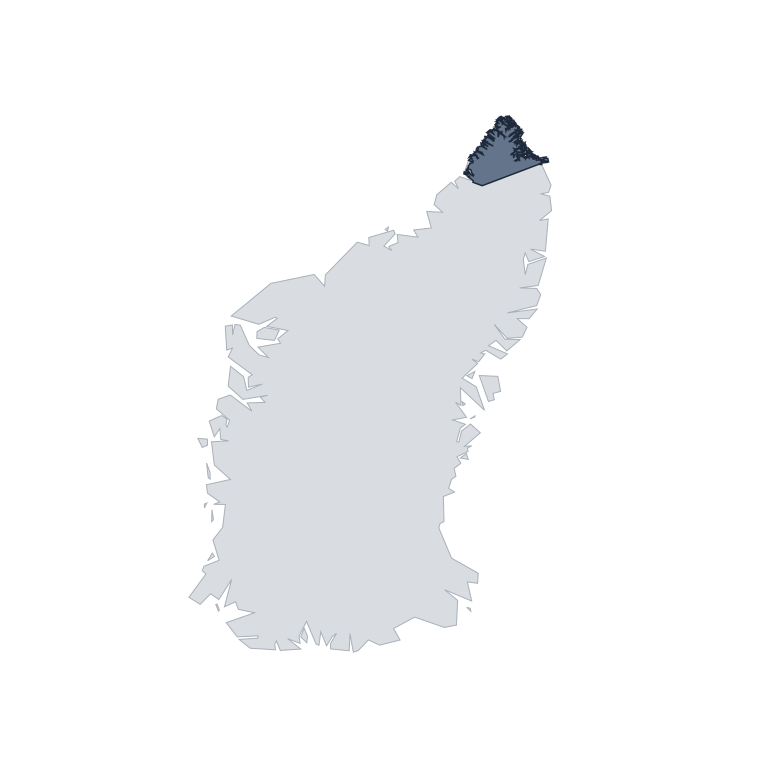 location of Kommune Kujalleq within Greenland, rotated 203°
{"feature_id": "GRL-2740", "entity_name": "Kommune Kujalleq", "entity_type": "state/province", "adm_level": 1, "iso_a3": "GRL", "parent_name": "Greenland", "parent_adm1": "", "projection": "orthographic", "projection_center": [-44.745, 61.276], "detail": "fine", "context": "in_parent", "style": "filled", "palette": "slate", "viewbox_px": 768, "rotation_deg": 203, "n_neighbors": 0, "source": "natural_earth", "source_scale": "10m", "svg_char_len": 9875}
<svg xmlns="http://www.w3.org/2000/svg" viewBox="0 0 768 768"><g transform="rotate(203 384 384)"><path d="M403.9,88.5L417.6,92.3L400.9,100.7L401.4,103.0L420.3,93.9L436.0,102.7L413.8,122.8L430.0,119.7L435.5,125.5L443.8,116.6L447.9,144.7L451.8,121.1L461.7,123.1L467.1,109.4L480.2,111.4L473.7,139.5L478.4,141.2L478.5,145.9L466.9,157.3L480.5,173.6L476.5,188.9L482.9,211.2L493.8,206.7L489.0,211.2L503.9,214.6L508.1,221.9L488.1,236.1L508.5,243.1L520.2,263.4L504.8,271.0L512.6,269.2L517.7,278.9L519.6,269.1L530.4,281.6L521.2,291.5L514.7,290.4L513.6,284.5L511.5,283.1L511.9,290.3L528.6,295.6L530.7,305.1L521.2,313.8L495.0,307.3L502.5,313.1L486.3,320.6L492.8,323.6L486.5,328.2L507.9,314.7L526.6,321.2L532.2,340.3L516.1,335.9L507.7,324.5L496.0,336.4L507.5,328.1L511.6,337.1L508.9,341.0L538.0,348.1L537.5,357.9L542.0,353.7L552.7,375.2L546.6,379.1L542.6,370.0L544.4,380.6L539.3,382.0L523.2,367.0L510.3,361.9L500.8,363.2L514.4,368.7L495.1,381.1L499.5,384.0L493.3,395.7L514.4,391.3L507.9,402.7L510.2,403.0L522.6,390.0L551.2,386.9L527.4,432.5L491.1,457.5L476.8,450.8L480.6,461.5L464.0,504.1L451.7,505.7L455.2,512.9L435.2,529.3L432.4,526.6L438.0,510.9L429.0,509.9L433.4,512.5L426.3,519.6L430.3,526.8L410.2,532.4L416.8,537.4L401.4,546.1L412.1,559.5L397.1,565.0L407.9,568.6L409.3,578.8L400.9,596.0L391.7,592.7L398.1,598.4L395.3,604.5L383.3,605.3L392.6,608.9L393.8,626.8L388.3,630.5L391.5,631.3L383.6,660.8L372.7,659.2L382.9,672.5L373.1,678.9L366.7,676.3L369.0,667.4L354.5,669.2L362.3,657.5L346.3,658.6L348.8,643.4L320.1,653.8L325.4,648.3L307.9,632.3L307.4,624.6L314.2,620.3L304.7,621.7L297.5,609.1L304.7,595.2L297.4,600.2L287.3,569.3L302.0,565.4L286.1,564.1L298.4,553.3L305.2,559.7L304.5,553.2L296.7,539.9L298.3,550.3L283.8,563.5L280.6,534.9L296.8,525.4L280.8,531.6L274.6,527.4L274.1,515.8L298.3,497.6L272.3,512.9L276.0,500.8L286.9,496.3L274.5,492.1L275.0,481.2L288.4,474.2L305.9,482.0L290.3,472.5L276.1,478.0L283.9,462.4L297.9,467.9L302.8,460.1L282.1,459.9L286.3,452.5L303.7,454.8L307.2,450.3L303.0,451.1L305.5,441.6L312.7,441.2L305.8,439.6L314.4,419.9L298.0,417.4L281.2,399.1L312.2,410.4L304.8,394.3L311.0,395.2L295.0,385.6L306.8,377.7L293.3,378.7L296.5,373.3L294.6,359.2L292.3,360.0L294.3,370.9L288.7,381.0L276.3,376.7L285.6,358.0L279.2,361.4L282.1,357.5L280.3,354.7L288.5,345.5L282.3,341.1L286.5,333.8L281.8,327.2L284.6,322.6L283.7,313.2L276.9,312.1L285.4,303.6L275.0,280.8L277.9,277.6L277.3,272.9L253.8,250.1L223.3,246.6L220.0,237.1L229.9,234.4L218.5,218.5L247.7,218.3L231.7,213.6L223.1,190.4L233.3,183.5L264.7,181.4L279.7,162.7L269.2,154.6L285.9,142.0L298.4,142.3L303.6,128.5L307.5,125.2L317.8,141.0L311.8,124.8L329.7,119.3L331.8,124.0L330.3,136.0L332.9,131.2L334.6,120.6L345.4,131.3L341.8,118.1L345.0,118.1L362.5,135.2L363.8,118.9L359.9,112.4L373.2,112.0L357.1,107.5L375.3,98.2L382.7,105.5L382.9,101.6L379.9,97.0L403.9,88.5ZM281.0,408.7L299.6,429.0L282.2,435.5L273.8,422.8L279.9,418.0L276.3,412.6L281.0,408.7ZM518.9,376.3L521.3,382.6L516.3,389.3L501.5,392.6L501.8,381.4L518.9,376.3ZM362.0,128.0L355.7,121.7L354.0,115.7L361.9,118.7L362.0,128.0ZM477.3,152.4L476.0,161.2L472.7,159.1L477.3,152.4ZM526.5,254.6L534.1,261.2L525.0,264.3L522.6,258.7L526.5,254.6ZM516.4,241.9L509.5,234.4L506.8,228.5L509.1,228.9L516.4,241.9ZM284.9,345.7L281.0,352.1L277.0,347.5L284.9,345.7ZM452.7,115.3L451.7,116.2L447.2,111.6L447.6,110.2L452.7,115.3ZM310.9,424.0L305.3,431.0L305.1,423.3L310.9,424.0ZM488.9,190.0L493.2,201.1L488.0,192.5L488.9,190.0ZM220.6,210.8L216.8,211.2L215.3,208.7L220.6,210.8ZM291.2,385.4L287.8,390.3L287.5,389.2L291.2,385.4ZM502.4,203.3L500.5,205.2L500.9,199.9L502.4,203.3ZM344.6,650.3L342.2,657.4L337.3,654.2L344.6,650.3ZM305.2,398.2L301.6,397.5L301.5,396.6L303.1,395.0L305.2,398.2ZM443.3,526.6L441.3,530.2L440.4,526.1L443.3,526.6Z" fill="#d9dde1" stroke="#a8b0b8" stroke-width="1"/><path d="M380.9,604.4L381.3,605.9L385.8,607.3L386.5,608.6L387.2,607.5L389.9,608.9L390.7,610.5L390.4,611.3L388.0,609.7L388.9,611.3L388.0,611.2L390.2,612.8L391.6,612.2L391.4,613.6L392.7,613.4L390.6,613.8L385.9,610.7L383.1,610.3L383.1,611.5L385.6,612.5L387.5,614.9L391.6,615.3L390.9,616.5L391.7,617.5L391.0,619.5L391.2,620.7L388.8,622.4L390.0,623.0L388.5,624.6L391.1,622.8L393.6,623.0L392.6,625.2L390.1,625.3L392.9,626.5L391.2,629.4L388.2,630.0L386.0,628.0L384.9,629.3L386.1,628.8L388.2,630.9L392.3,630.5L390.6,631.3L391.5,632.8L390.0,632.5L390.9,633.2L389.8,633.0L390.2,634.4L382.4,633.8L384.3,635.4L389.2,635.1L388.9,636.4L389.4,637.6L389.8,637.7L390.5,637.4L390.6,638.4L387.4,640.8L388.1,641.2L380.6,640.2L386.4,641.6L384.8,642.6L387.8,642.1L388.9,643.7L386.6,644.1L384.8,643.3L384.2,643.6L381.5,643.3L381.5,643.5L387.3,644.9L388.3,646.1L376.3,645.7L383.9,646.7L383.6,647.4L387.4,647.2L386.6,647.7L388.0,648.7L386.2,648.4L386.3,649.9L387.2,650.4L383.6,651.8L378.0,650.4L378.0,651.2L386.4,653.6L377.4,653.0L386.8,655.4L384.9,657.6L380.6,657.0L381.1,657.5L385.3,658.3L385.0,657.8L387.2,656.5L386.2,658.5L382.3,658.7L386.2,659.3L382.3,660.3L383.6,661.2L380.4,660.1L382.4,662.0L381.4,662.2L377.4,660.4L375.5,655.9L375.4,657.2L376.4,660.1L370.7,659.3L369.6,657.8L369.7,659.0L369.2,659.1L373.6,660.6L374.2,663.1L374.3,661.7L375.1,661.0L380.2,662.8L376.9,666.5L378.6,665.2L379.8,665.7L379.3,664.6L379.7,664.3L382.0,664.0L381.6,664.3L382.2,665.1L379.8,664.7L383.0,666.2L382.1,667.1L383.1,667.9L381.5,667.6L380.2,668.7L382.8,669.1L382.3,669.3L383.0,670.1L381.8,669.8L381.7,670.7L382.9,670.8L383.3,671.6L382.8,672.0L377.0,670.7L376.5,669.4L376.1,670.3L371.9,669.5L369.7,669.9L369.8,668.7L371.9,666.5L370.5,664.5L370.6,667.1L369.8,667.9L368.3,665.9L369.0,668.4L367.8,668.3L368.5,669.5L366.1,670.6L364.4,674.6L363.4,673.9L363.5,671.6L362.9,674.1L361.7,673.9L360.7,671.4L361.2,670.6L360.2,671.7L361.2,673.8L359.6,673.3L359.9,672.5L359.0,671.7L357.1,672.1L358.2,670.4L362.3,669.2L361.3,668.8L365.2,662.9L365.9,660.0L361.0,667.3L360.8,668.7L358.2,669.3L357.1,670.9L356.6,670.7L357.3,669.7L356.7,669.9L356.9,668.9L360.2,666.1L360.0,665.1L361.2,662.3L359.9,662.4L362.0,659.7L362.1,657.8L363.9,655.7L361.8,657.0L361.1,659.5L359.3,661.9L356.6,663.2L355.8,662.6L356.1,661.6L358.5,657.6L356.6,658.3L356.5,659.8L353.1,661.8L354.7,658.9L357.8,656.0L355.5,657.2L355.0,656.0L354.7,657.9L353.7,658.4L353.4,660.0L353.0,659.5L352.0,662.4L352.0,660.6L350.9,660.9L351.9,659.4L350.2,659.4L351.6,657.9L349.6,658.4L349.3,660.3L348.8,659.9L348.3,661.1L348.0,659.8L347.1,659.5L352.2,656.5L348.7,656.6L352.2,654.9L351.6,654.5L354.7,651.6L356.2,651.4L354.9,650.8L355.3,649.5L354.5,648.8L354.5,650.1L350.5,654.8L348.5,655.1L348.2,654.7L350.0,653.3L348.6,652.8L347.3,653.4L346.8,655.7L344.4,655.3L344.3,654.4L346.3,654.0L348.9,651.6L344.9,653.2L348.5,650.7L353.1,649.5L356.2,646.4L356.9,644.2L354.9,646.7L353.1,642.8L353.4,646.3L351.8,648.5L349.7,650.0L346.7,651.1L346.2,650.5L346.6,650.5L346.0,649.3L350.7,647.3L351.0,646.8L349.9,646.5L350.8,645.9L350.4,645.4L351.8,645.3L349.9,645.3L348.8,643.3L350.7,640.7L349.5,640.7L348.0,643.1L345.9,642.5L349.2,645.1L347.7,645.5L348.2,646.6L346.7,647.6L343.5,647.0L345.7,648.3L345.2,648.9L344.2,649.4L343.8,647.7L342.1,646.6L342.5,647.6L341.5,647.6L342.1,648.5L340.0,648.6L340.4,650.0L339.1,649.1L340.0,651.0L339.4,650.1L339.1,651.2L337.9,649.9L338.5,651.0L336.2,650.2L338.3,651.6L336.4,653.7L335.4,653.7L336.1,652.8L335.0,653.1L336.7,651.6L334.2,652.6L334.2,651.6L335.9,650.4L333.9,650.0L334.8,649.5L334.5,649.2L331.7,651.1L331.1,649.4L328.3,651.1L325.8,650.3L324.2,651.5L325.9,651.4L325.3,652.1L328.8,651.0L330.7,651.9L329.3,652.8L323.3,652.1L323.2,651.1L321.9,652.3L319.4,652.3L325.8,648.8L326.5,648.0L324.0,647.9L327.5,646.6L371.1,604.9L380.9,604.4ZM370.9,669.8L382.8,672.4L382.7,673.3L381.7,674.3L379.9,672.6L377.2,672.2L378.4,673.2L377.1,676.1L376.0,674.3L375.4,675.5L372.9,674.1L375.4,672.6L372.6,673.0L370.2,670.7L370.9,669.8ZM372.4,674.8L376.4,677.9L374.6,678.9L374.6,677.0L373.2,679.5L372.8,679.1L373.0,676.9L371.8,678.9L370.4,678.5L372.4,674.8ZM324.4,654.4L326.6,654.4L323.5,656.2L323.6,655.0L321.4,655.6L319.5,653.0L322.2,652.5L322.8,652.1L325.4,653.1L324.4,654.4ZM340.2,653.9L336.6,654.4L344.6,650.1L345.0,651.1L340.2,653.9ZM357.4,664.7L357.0,667.4L354.1,669.4L354.9,664.5L357.4,664.7ZM367.4,674.7L366.5,675.4L367.1,672.3L365.6,674.0L366.3,670.8L368.2,671.1L369.3,673.0L367.9,674.9L367.5,674.1L368.0,673.3L367.6,673.5L367.4,674.7ZM371.8,674.5L370.0,676.7L369.9,674.6L369.5,676.8L367.6,677.5L366.8,676.6L369.3,673.6L371.8,674.5ZM340.7,656.3L343.9,655.1L341.8,655.9L342.7,657.2L340.7,656.3ZM379.8,673.5L379.5,675.7L378.9,675.3L378.0,676.5L378.6,673.5L379.8,673.5ZM390.9,608.8L392.5,608.6L393.0,610.6L391.4,610.4L390.9,608.8ZM370.1,673.3L368.7,671.0L369.2,669.9L370.0,671.9L371.8,673.1L370.1,673.3ZM385.7,651.2L388.5,651.3L384.5,651.9L385.7,651.2ZM394.2,626.3L394.0,627.6L393.2,628.1L393.8,628.8L391.8,629.3L394.2,626.3ZM347.2,658.4L347.5,657.0L349.6,657.5L347.2,658.4ZM348.1,656.4L347.1,656.6L345.8,657.9L344.4,657.0L344.8,656.8L348.1,656.4ZM357.8,666.4L359.6,662.9L360.2,663.3L359.2,665.5L357.8,666.4ZM358.6,664.7L357.8,664.5L357.6,663.4L359.3,662.9L358.6,664.7ZM381.9,674.8L380.8,675.9L380.5,675.0L379.9,676.3L380.5,674.0L381.9,674.8ZM340.6,649.0L341.9,649.4L341.8,650.4L340.7,650.4L340.6,649.0ZM343.3,653.4L342.5,654.3L341.7,653.9L342.6,653.2L343.3,653.4ZM339.1,655.4L340.0,654.5L340.7,655.0L339.1,655.4ZM333.3,652.9L332.6,652.3L333.7,651.9L333.3,652.9ZM330.3,653.7L330.8,653.5L331.9,653.9L330.3,653.7ZM355.4,670.7L355.9,669.6L356.5,670.0L356.5,670.5L355.4,670.7ZM364.3,675.2L364.8,674.7L365.4,674.9L365.0,675.7L364.3,675.2ZM389.6,637.2L390.6,636.0L390.8,636.3L390.0,637.5L389.6,637.2ZM354.5,662.2L354.4,663.5L353.8,663.4L354.5,662.2ZM332.6,651.5L333.4,650.3L333.9,650.3L333.6,651.1L332.6,651.5ZM334.3,653.3L334.8,654.2L334.1,653.6L334.3,653.3ZM332.5,651.7L332.0,652.2L331.6,652.2L332.0,651.5L332.5,651.7ZM332.0,653.2L332.3,652.9L332.9,653.3L332.4,653.6L332.0,653.2ZM334.1,651.2L334.6,650.5L335.3,650.4L334.9,650.8L334.1,651.2Z" fill="#64748b" stroke="#1e293b" stroke-width="1.5"/></g></svg>